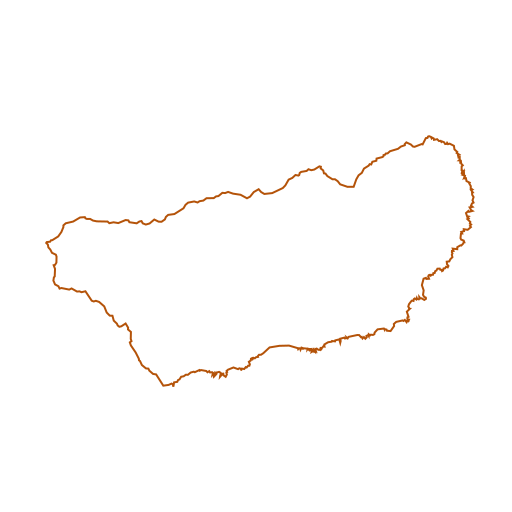 Santo Andre, Porto Novo, Cabo Verde (Natural Earth projection), rotated 187°
{"feature_id": "66160863B70751634637165", "entity_name": "Santo Andre", "entity_type": "district", "adm_level": 2, "iso_a3": "CPV", "parent_name": "Cabo Verde", "parent_adm1": "Porto Novo", "projection": "natural_earth1", "projection_center": [-25.312, 17.075], "detail": "fine", "context": "isolated", "style": "outline", "palette": "amber", "viewbox_px": 512, "rotation_deg": 187, "n_neighbors": 0, "source": "geoboundaries", "source_scale": "gbopen_adm2", "svg_char_len": 5998}
<svg xmlns="http://www.w3.org/2000/svg" viewBox="0 0 512 512"><g transform="rotate(187 256 256)"><path d="M465.8,243.4L464.0,242.0L463.1,239.2L461.0,237.4L458.9,234.3L454.8,232.9L453.9,231.1L453.3,225.1L454.4,222.7L455.7,222.2L453.9,218.7L453.3,211.2L454.0,210.1L454.1,206.9L452.0,203.3L448.4,201.9L447.0,199.7L445.3,200.5L437.3,199.9L435.1,201.3L429.3,198.9L426.8,199.4L424.8,198.8L421.0,200.2L413.6,191.6L411.5,191.1L409.5,192.0L406.1,191.3L400.5,187.5L397.3,181.7L393.9,179.0L391.2,179.2L389.3,174.5L385.8,171.9L384.8,170.2L383.0,169.1L381.1,169.8L377.2,173.1L374.2,169.3L374.1,167.5L370.9,165.4L370.2,158.4L369.2,156.3L370.7,154.9L369.3,152.0L363.7,145.6L359.8,139.8L359.4,138.2L358.3,137.6L356.0,133.9L351.5,131.0L349.1,131.1L347.9,129.2L343.8,126.4L340.7,126.3L332.2,116.0L327.0,117.4L324.2,119.1L323.0,118.6L322.1,116.2L321.9,120.6L318.8,121.5L318.3,123.3L316.9,124.2L315.6,127.0L313.1,127.8L311.2,129.6L309.1,129.8L306.6,132.4L303.6,133.6L302.6,133.2L298.3,135.9L297.8,135.3L296.7,136.1L291.3,135.8L290.0,134.7L288.4,136.0L287.4,134.8L285.4,135.3L284.6,134.4L284.7,132.8L283.6,134.4L283.2,131.9L282.3,133.7L282.2,132.3L280.9,134.1L280.9,135.5L278.5,136.5L276.9,135.8L276.8,134.6L275.6,134.9L277.0,132.7L277.0,131.7L275.5,134.0L274.0,134.8L273.7,133.6L271.4,132.4L270.5,134.8L271.2,136.6L270.5,137.3L271.2,138.3L270.0,139.7L264.8,142.6L260.0,141.5L258.9,142.5L256.9,142.2L256.9,140.5L256.2,142.5L253.9,142.4L252.6,144.5L251.7,144.2L250.4,146.2L249.2,146.3L248.9,147.8L250.2,150.1L248.4,151.7L248.5,153.4L247.4,154.2L246.7,153.3L246.1,154.6L244.7,154.3L243.7,155.5L241.8,156.1L242.1,156.6L241.0,158.3L239.0,158.6L236.9,160.4L231.4,166.9L221.8,169.7L212.3,171.1L203.2,169.6L202.8,168.7L202.1,169.7L200.9,169.7L200.4,168.5L199.7,170.6L198.4,170.3L198.4,168.8L198.0,170.2L193.5,170.3L193.5,169.7L193.2,170.2L191.9,169.2L191.8,170.2L190.3,170.4L190.4,169.5L189.8,169.8L189.6,169.0L188.5,169.9L189.0,167.6L188.3,168.1L187.9,169.8L186.6,168.0L186.0,168.5L185.3,167.9L185.3,168.3L186.9,169.2L186.5,169.8L185.0,169.0L185.8,170.9L184.5,171.5L182.7,170.5L181.3,170.6L180.8,171.8L180.2,170.9L179.8,171.4L180.4,172.6L179.1,172.9L178.0,174.8L177.0,174.5L177.4,176.5L173.9,179.2L170.4,180.2L170.2,180.9L167.2,180.9L167.1,181.9L163.2,183.4L161.8,180.1L161.6,181.9L162.3,184.2L158.2,185.8L157.7,185.0L155.7,185.6L155.9,186.0L155.0,185.4L154.3,187.0L145.9,189.9L144.0,190.1L141.9,188.2L141.2,188.6L140.2,187.1L139.0,188.7L137.4,187.2L136.2,188.7L136.7,190.1L135.1,191.2L134.4,190.3L134.5,192.0L133.1,191.1L132.4,191.9L130.3,191.9L129.0,192.8L128.9,194.5L126.4,198.0L120.2,199.6L119.4,198.5L119.3,199.1L117.5,198.9L116.9,197.8L113.3,197.9L110.4,203.3L110.9,205.3L108.8,207.7L102.7,209.9L101.7,209.5L100.5,210.7L98.5,208.7L98.1,210.2L96.2,209.4L96.8,210.1L96.4,211.5L97.6,211.5L98.2,212.6L98.2,213.6L97.2,214.2L99.5,219.1L97.1,222.1L97.7,222.0L97.6,223.1L98.7,224.3L98.3,226.8L96.5,229.9L95.7,230.8L94.2,230.6L94.1,232.4L93.3,233.2L91.6,232.4L91.3,233.9L90.8,233.0L89.1,232.8L88.6,233.6L88.9,235.2L87.6,233.9L86.5,234.2L83.6,232.9L82.1,234.2L82.4,235.4L84.2,236.0L85.5,237.8L85.4,242.3L87.8,247.3L86.9,253.9L84.7,255.0L84.1,254.0L81.5,254.5L82.6,256.7L82.2,258.0L81.2,258.5L79.9,257.1L80.4,258.5L78.0,259.0L77.9,260.6L76.6,260.9L76.3,262.8L75.2,263.5L74.4,265.5L72.1,265.9L71.4,264.8L70.1,264.9L69.5,263.7L68.6,264.4L68.3,266.5L66.9,266.8L66.0,268.5L64.3,268.1L63.8,269.6L65.4,271.1L66.0,273.6L63.5,274.2L62.7,276.5L60.9,278.8L61.8,281.1L61.3,282.5L62.0,283.5L62.1,284.9L60.6,285.1L61.6,287.3L57.1,287.3L57.3,289.3L54.4,291.5L53.5,291.4L51.7,293.8L51.6,295.2L51.0,295.2L51.7,296.6L54.4,297.3L55.2,298.6L55.3,303.1L54.1,303.4L55.2,304.9L52.6,306.0L53.0,307.0L52.2,307.5L52.5,307.9L49.1,307.8L46.2,310.9L47.3,312.0L46.3,313.5L47.7,314.2L47.4,315.9L50.7,318.4L49.5,319.2L50.8,320.3L49.9,321.1L51.4,321.3L52.8,324.2L50.7,326.6L50.0,325.8L46.7,327.1L48.0,327.7L49.9,330.3L47.1,331.2L48.7,332.3L48.0,334.5L46.6,335.5L47.9,337.7L47.2,341.0L48.9,343.1L49.3,345.4L48.6,345.6L50.7,347.8L49.4,348.4L51.2,349.5L51.3,351.5L53.2,354.0L52.8,354.8L56.2,356.0L57.1,358.8L58.2,358.5L58.3,359.6L58.9,359.1L58.4,361.1L60.4,361.6L59.4,362.2L59.9,364.9L60.8,362.5L61.9,363.2L61.7,364.9L60.6,365.8L62.4,366.3L62.8,370.1L61.8,371.2L63.6,372.7L64.1,374.7L64.7,374.1L65.0,375.8L66.1,375.7L65.5,376.4L65.9,379.2L67.0,378.5L67.8,380.7L66.7,381.4L69.4,382.7L68.9,383.8L72.0,386.0L73.0,389.5L77.5,391.1L79.0,390.4L80.1,391.6L80.5,390.5L81.9,390.2L83.2,391.8L85.4,392.4L85.9,391.8L86.8,392.8L88.4,392.4L90.4,394.0L93.5,393.0L93.9,394.3L95.4,394.9L96.0,394.1L96.8,395.5L98.8,396.0L99.8,395.5L100.2,394.1L101.8,393.7L104.2,387.1L105.2,387.3L111.9,383.7L113.6,383.8L115.8,385.5L120.6,387.1L122.0,385.2L121.8,384.1L125.5,382.3L128.1,379.7L135.8,376.3L137.9,373.9L139.7,373.5L140.2,372.3L141.7,371.7L141.7,370.4L142.6,369.6L148.2,367.4L148.2,365.2L152.0,363.7L152.8,360.9L154.4,361.0L155.2,359.4L159.5,355.9L161.1,351.4L164.0,348.6L165.8,344.3L167.5,336.6L173.6,335.8L181.2,337.4L184.0,340.2L187.0,341.8L189.5,341.5L194.9,344.0L197.1,346.3L198.6,346.3L199.7,349.1L202.5,350.8L202.5,352.5L204.0,352.7L208.7,348.9L211.6,347.9L214.5,348.5L216.1,346.6L221.4,345.0L222.7,343.8L223.0,341.6L223.7,341.0L226.7,341.2L229.5,337.9L232.9,335.8L235.5,329.6L237.7,326.7L247.6,320.4L255.3,318.6L258.7,320.1L261.5,322.6L266.0,319.2L269.1,314.2L272.0,312.2L278.8,314.9L286.4,315.1L291.5,316.2L294.3,314.7L297.1,314.6L300.6,310.9L302.9,310.3L305.0,308.3L312.2,307.3L315.0,304.6L318.7,303.5L320.5,302.0L324.0,302.6L329.9,300.7L332.2,298.2L333.8,294.5L342.1,287.7L348.2,286.1L350.2,283.8L350.9,281.2L353.9,278.5L356.8,278.2L361.4,279.8L365.6,275.3L369.2,273.8L372.4,274.6L373.9,276.7L376.0,276.0L378.4,273.9L385.8,274.1L387.0,275.8L389.8,275.8L396.7,271.9L401.5,272.1L405.6,270.7L407.5,272.1L418.2,271.0L422.1,271.3L425.2,272.6L428.4,272.2L429.9,272.6L430.6,273.7L435.3,272.8L441.7,267.9L448.8,265.3L450.9,262.9L450.7,261.2L452.1,256.1L454.7,251.3L460.1,246.9L461.4,246.6L462.1,245.1L465.4,244.3L465.8,243.4Z" fill="none" stroke="#b45309" stroke-width="2"/></g></svg>